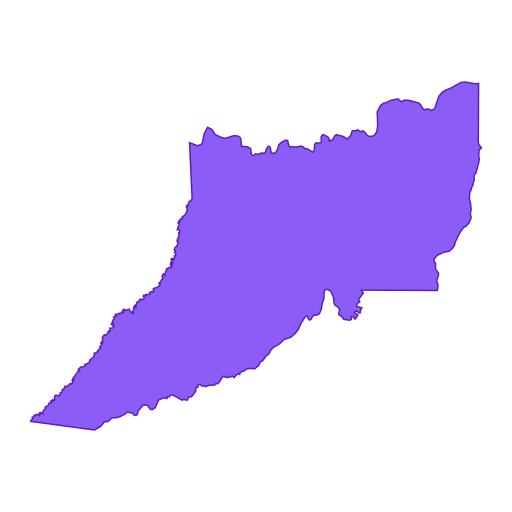 Eirunepé, Amazonas, Brazil
{"feature_id": "56859067B78365378288365", "entity_name": "Eirunepé", "entity_type": "district", "adm_level": 2, "iso_a3": "BRA", "parent_name": "Brazil", "parent_adm1": "Amazonas", "projection": "natural_earth1", "projection_center": [-70.397, -7.041], "detail": "fine", "context": "isolated", "style": "filled", "palette": "violet", "viewbox_px": 512, "rotation_deg": 0, "n_neighbors": 0, "source": "geoboundaries", "source_scale": "gbopen_adm2", "svg_char_len": 6054}
<svg xmlns="http://www.w3.org/2000/svg" viewBox="0 0 512 512"><path d="M94.5,430.0L100.8,426.3L104.4,421.8L107.8,421.6L112.0,417.9L117.1,417.6L121.2,416.1L122.7,414.9L124.3,414.7L127.3,412.1L132.6,413.1L133.7,414.8L135.5,415.4L137.2,414.7L138.3,410.8L143.0,405.3L147.0,404.9L150.4,409.3L152.3,409.7L155.3,407.6L158.4,400.2L162.3,398.4L165.3,397.8L166.8,398.6L167.5,396.8L169.3,396.9L170.4,395.1L172.4,394.8L182.2,400.2L183.8,399.4L187.1,400.3L189.0,396.8L190.8,397.0L192.3,395.9L195.6,391.2L196.2,387.2L197.9,387.1L198.0,385.2L199.6,384.3L202.5,386.2L204.1,385.8L205.7,386.7L209.2,385.2L214.3,385.2L215.7,383.8L217.6,383.7L219.0,382.4L223.0,376.3L227.0,377.6L232.9,376.2L234.0,377.6L237.8,373.7L239.7,374.5L240.2,372.2L243.6,371.2L246.5,369.1L249.8,368.4L254.8,368.8L259.0,365.0L260.5,361.5L262.2,361.2L266.5,355.6L268.8,354.1L270.6,350.4L273.4,347.4L279.4,343.9L284.0,339.6L290.8,337.2L295.2,333.4L297.9,330.1L301.3,322.7L305.5,316.4L307.3,316.2L308.4,319.0L309.7,320.1L311.3,319.0L312.7,316.1L313.8,315.3L317.4,315.0L319.4,313.6L321.3,309.2L322.3,303.0L323.9,298.7L324.1,292.2L325.0,289.6L328.0,289.5L331.0,291.6L333.4,297.0L334.2,303.8L335.3,305.4L338.7,307.6L339.5,309.5L338.7,313.6L339.4,315.4L341.2,315.9L343.9,319.4L349.8,320.2L351.2,319.5L351.5,316.5L353.0,316.5L354.4,318.8L355.3,319.0L357.4,316.1L357.8,315.0L357.3,314.1L355.0,313.4L354.4,312.8L354.9,311.6L356.8,311.1L359.4,313.0L360.3,312.8L360.5,310.3L361.9,307.9L356.7,306.3L356.4,305.4L357.4,303.6L359.7,301.9L358.7,299.9L359.0,298.9L363.3,293.0L361.3,290.1L437.3,290.5L438.0,286.2L437.8,284.1L436.8,282.2L436.9,280.3L438.6,274.6L438.3,272.6L435.9,269.7L435.4,267.7L435.7,263.6L433.9,260.8L434.4,258.8L436.4,256.1L438.7,254.6L443.4,252.4L449.4,251.1L452.5,248.2L454.4,245.6L455.3,241.9L460.0,232.3L463.9,227.1L465.2,226.9L468.7,223.4L471.1,218.0L470.4,213.8L471.1,209.2L470.4,202.6L469.4,199.3L469.6,193.4L471.5,188.8L471.5,187.4L473.0,185.3L473.1,182.9L474.2,180.6L474.0,175.3L475.9,173.0L478.7,162.8L479.4,158.3L478.7,156.8L479.0,150.7L479.6,149.1L481.0,148.7L481.3,147.6L479.0,144.8L478.3,142.4L478.6,83.4L476.0,83.9L465.2,82.0L461.1,82.4L449.9,88.5L445.0,90.4L441.9,92.6L438.9,96.2L435.0,107.8L433.6,109.5L431.5,110.4L428.0,108.9L424.7,109.7L422.8,108.6L420.3,104.4L418.6,102.9L409.1,100.4L404.6,100.1L401.2,101.8L398.0,98.9L391.0,100.3L385.5,102.9L383.4,103.2L380.3,105.8L377.2,112.0L377.7,125.7L376.8,131.7L374.5,135.1L372.8,136.1L369.2,136.4L367.3,135.5L364.2,131.5L362.5,130.8L361.1,132.1L357.5,129.7L355.9,130.8L352.3,130.8L350.6,135.6L347.4,139.1L342.9,136.3L336.6,134.7L334.9,135.6L332.7,139.6L329.4,141.2L329.1,138.7L327.9,136.9L323.9,134.8L322.2,134.9L321.1,137.1L321.4,141.9L319.9,143.1L316.1,142.9L314.6,144.4L314.4,148.9L313.9,150.8L312.5,152.1L307.2,148.7L305.0,148.9L303.6,147.1L301.3,146.1L295.8,147.1L292.1,146.6L290.1,147.1L288.7,145.2L287.7,140.6L285.9,140.1L282.2,141.8L278.9,144.6L277.7,148.9L275.5,152.8L272.0,153.4L270.7,151.0L270.5,148.1L269.6,146.4L267.9,146.5L266.5,148.7L265.2,153.0L261.2,153.1L257.6,154.5L255.6,153.7L253.8,155.5L252.1,155.4L251.2,153.2L250.6,148.4L247.4,146.8L241.5,146.3L240.8,138.8L240.0,137.4L238.2,136.1L234.0,135.6L225.4,138.3L221.5,137.5L215.2,134.6L212.0,129.5L207.5,127.3L204.2,133.7L202.4,142.8L201.3,144.4L197.5,145.7L189.6,142.7L192.1,198.6L191.0,200.6L189.3,201.4L187.9,205.0L186.8,205.7L187.6,206.0L186.4,207.3L187.0,207.7L187.2,210.1L185.8,213.6L184.3,215.6L182.3,216.8L182.8,217.7L182.4,218.5L181.4,218.5L181.1,219.6L180.4,219.3L179.0,221.0L179.7,222.0L179.2,222.5L178.4,222.1L178.1,223.2L179.0,223.5L179.1,225.6L177.8,227.2L177.3,229.8L178.8,229.6L179.6,230.2L179.4,232.7L178.7,232.8L179.0,236.3L178.2,237.2L178.8,237.8L177.4,239.3L177.1,241.0L177.3,241.7L178.0,241.3L178.1,243.3L176.4,246.8L175.1,247.2L174.3,249.4L174.4,250.3L175.6,251.2L174.6,252.6L175.6,253.1L175.6,255.7L174.4,255.8L174.3,258.7L173.8,259.6L172.8,259.5L173.4,258.7L172.5,258.5L172.2,259.3L171.9,258.7L171.2,258.9L171.2,260.2L172.1,260.6L172.9,262.1L171.1,262.4L172.4,263.7L172.1,264.3L170.6,263.7L170.8,265.6L171.8,265.6L171.9,266.6L170.3,267.7L169.7,267.4L166.6,268.8L166.9,269.6L165.8,270.9L165.0,274.9L164.4,275.5L163.6,273.9L162.7,274.7L162.1,276.8L162.9,278.9L161.6,279.7L160.2,282.6L159.3,282.5L159.1,283.5L160.1,283.8L159.4,285.6L157.0,287.6L153.9,288.2L153.1,289.1L154.1,290.5L153.1,291.9L152.5,291.4L149.7,292.3L150.3,292.9L149.9,294.3L145.7,294.6L145.5,295.8L143.8,295.2L143.3,296.2L144.3,298.1L143.8,298.9L141.6,299.8L141.2,299.1L139.7,299.5L139.6,300.6L138.4,301.3L138.1,302.4L137.1,302.1L136.1,304.9L134.9,305.3L136.3,307.3L135.5,307.4L134.8,306.4L133.5,307.1L134.0,308.6L132.8,311.3L133.4,313.4L132.7,313.7L132.2,312.1L130.6,312.1L129.2,309.1L125.7,310.2L123.8,309.2L122.7,310.6L124.0,310.7L123.1,313.0L122.2,313.0L121.8,312.1L120.3,313.8L119.3,313.3L118.6,313.4L118.4,314.3L115.8,314.2L115.2,314.7L115.2,315.6L116.3,316.1L113.7,317.1L114.3,317.6L114.1,319.2L113.3,319.7L112.0,322.7L112.8,322.2L113.1,323.3L112.9,324.2L111.8,324.8L114.1,326.0L112.4,328.0L109.8,328.2L110.2,330.9L109.6,331.4L108.6,331.0L108.2,331.7L108.7,332.1L107.7,332.6L107.6,333.6L106.0,334.6L105.6,335.5L104.4,334.7L102.2,337.5L102.8,339.3L102.1,341.3L102.8,341.8L102.7,342.7L101.3,342.4L100.8,343.1L101.6,343.7L101.6,344.9L100.0,346.3L99.8,347.3L100.7,347.8L100.4,348.6L98.2,349.9L98.2,351.0L97.2,351.5L96.8,352.5L94.2,353.2L94.4,354.8L93.4,357.2L89.9,359.9L89.2,362.6L84.8,364.6L85.4,365.7L83.6,366.9L81.2,366.8L78.4,369.1L78.2,369.8L79.6,370.4L79.4,371.2L78.2,371.4L75.2,375.1L74.6,376.7L73.8,377.0L72.5,379.5L73.5,379.4L73.6,380.9L72.5,380.9L72.3,383.6L71.8,384.1L70.2,383.5L67.2,386.5L65.1,386.2L63.6,389.4L62.3,389.5L62.3,391.8L60.3,392.8L59.5,395.7L55.4,395.2L54.5,396.6L54.6,400.2L53.9,400.8L52.7,399.7L51.9,401.6L51.8,400.7L51.1,400.7L50.7,402.5L49.1,403.1L47.6,406.3L45.7,406.5L45.1,407.3L45.5,408.4L43.5,410.4L42.6,413.0L42.9,413.7L41.0,412.8L40.5,413.6L40.1,412.6L39.4,413.0L39.4,415.4L38.2,414.4L35.8,414.7L35.6,415.5L34.2,415.3L33.5,416.8L32.1,417.4L32.6,419.1L30.9,420.5L30.7,421.4L94.5,430.0Z" fill="#8b5cf6" stroke="#5b21b6" stroke-width="1.5"/></svg>